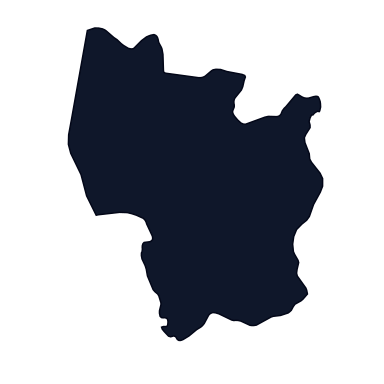 the Region of Oio, rotated 280°
{"feature_id": "GNB-772", "entity_name": "Oio", "entity_type": "Region", "adm_level": 1, "iso_a3": "GNB", "parent_name": "Guinea-Bissau", "parent_adm1": "", "projection": "orthographic", "projection_center": [-15.268, 12.289], "detail": "fine", "context": "isolated", "style": "filled", "palette": "ink", "viewbox_px": 384, "rotation_deg": 280, "n_neighbors": 0, "source": "natural_earth", "source_scale": "10m", "svg_char_len": 2829}
<svg xmlns="http://www.w3.org/2000/svg" viewBox="0 0 384 384"><g transform="rotate(280 192 192)"><path d="M243.0,60.7L332.9,60.9L336.6,67.7L337.2,71.6L337.1,75.5L336.5,77.9L335.7,79.6L330.5,88.3L329.0,91.7L325.8,96.5L324.4,99.2L322.4,104.4L322.3,107.3L322.9,109.3L324.1,110.3L332.3,116.0L336.8,120.2L337.5,121.3L338.3,122.5L339.3,124.3L340.4,127.2L340.0,129.0L339.1,130.4L337.8,131.4L336.2,132.2L334.5,132.8L333.0,133.6L329.1,136.7L327.6,137.6L322.4,139.5L306.6,142.8L304.9,143.5L304.4,145.3L305.7,178.3L306.0,180.4L306.6,182.2L307.4,183.6L308.4,184.9L314.7,190.1L316.0,191.6L317.0,194.3L317.6,198.9L316.7,205.4L316.5,220.9L315.9,223.7L314.5,224.6L310.9,224.0L304.6,223.7L302.7,223.3L301.0,222.9L292.3,218.1L291.2,217.7L290.0,217.5L288.4,217.5L286.6,217.9L285.0,218.5L283.1,218.8L281.4,218.5L279.7,218.1L278.0,218.0L276.6,218.6L275.3,219.5L274.0,220.7L270.9,224.4L268.4,228.3L267.8,230.8L268.0,232.9L278.3,250.7L279.7,254.0L280.9,262.2L281.5,263.9L282.6,265.2L284.0,266.1L287.7,266.9L290.5,268.3L292.2,269.6L305.6,277.3L306.6,278.8L306.0,280.6L304.8,283.6L304.2,285.9L304.2,288.1L304.3,288.9L304.7,290.5L307.0,295.2L307.8,297.4L307.9,298.6L307.7,299.6L307.1,300.2L306.1,300.9L304.8,301.7L303.3,302.5L301.5,303.1L298.0,303.9L294.2,303.7L293.3,303.4L293.2,301.3L291.1,299.0L288.8,297.6L288.8,296.4L285.4,295.4L281.7,295.1L278.5,296.6L275.9,297.1L268.6,294.1L265.0,293.2L260.3,294.6L250.1,300.8L244.9,302.2L242.0,304.5L232.7,314.9L227.9,318.3L220.4,319.6L214.2,318.4L200.9,313.9L188.2,311.8L184.1,309.8L179.4,305.7L173.2,301.5L165.8,299.9L158.1,300.2L150.9,302.2L148.5,303.8L143.1,308.3L141.0,309.3L133.9,308.9L130.2,309.1L127.5,310.3L117.2,320.8L115.2,322.0L111.6,323.4L105.6,319.8L103.7,318.2L99.4,312.9L96.7,311.6L92.7,310.3L90.9,308.9L89.6,307.7L85.8,300.6L83.7,293.6L82.7,291.7L72.1,278.5L71.2,275.9L70.9,274.3L70.8,272.2L73.4,262.4L73.5,259.6L73.2,257.3L72.7,255.5L72.8,253.4L76.7,239.6L77.1,236.1L76.9,233.4L76.1,232.0L75.0,230.7L73.6,229.8L64.7,226.9L63.2,226.1L61.8,225.2L60.5,224.1L57.3,220.5L49.7,214.0L45.2,208.9L44.3,207.5L43.7,206.1L43.6,204.7L44.2,203.2L46.7,201.0L47.1,198.9L46.4,197.6L45.7,196.1L46.0,193.9L49.8,188.8L51.8,186.5L53.6,185.5L54.5,187.1L55.1,190.3L56.3,191.1L57.9,191.1L60.0,190.9L61.8,190.3L63.2,189.3L63.5,187.1L63.1,185.5L63.0,183.8L64.0,182.2L67.0,181.0L69.4,180.6L75.6,181.0L77.4,180.7L83.9,177.4L85.6,175.9L87.4,172.8L89.1,170.7L101.6,162.7L108.0,160.4L111.3,158.7L117.4,154.4L120.6,153.2L123.2,152.8L124.7,153.2L126.3,153.1L127.3,153.0L128.9,152.6L130.8,152.4L132.6,152.7L134.0,153.6L135.7,159.1L136.7,160.4L138.0,161.3L139.8,161.3L141.7,160.6L152.7,152.9L154.3,152.1L156.0,150.8L157.6,148.7L159.5,141.3L160.2,136.5L160.5,131.9L159.4,124.2L153.3,103.6L152.5,101.7L169.9,88.9L189.9,79.7L209.0,65.9L217.5,62.0L226.9,60.6L243.0,60.7Z" fill="#0f172a" stroke="#020617" stroke-width="1.5"/></g></svg>